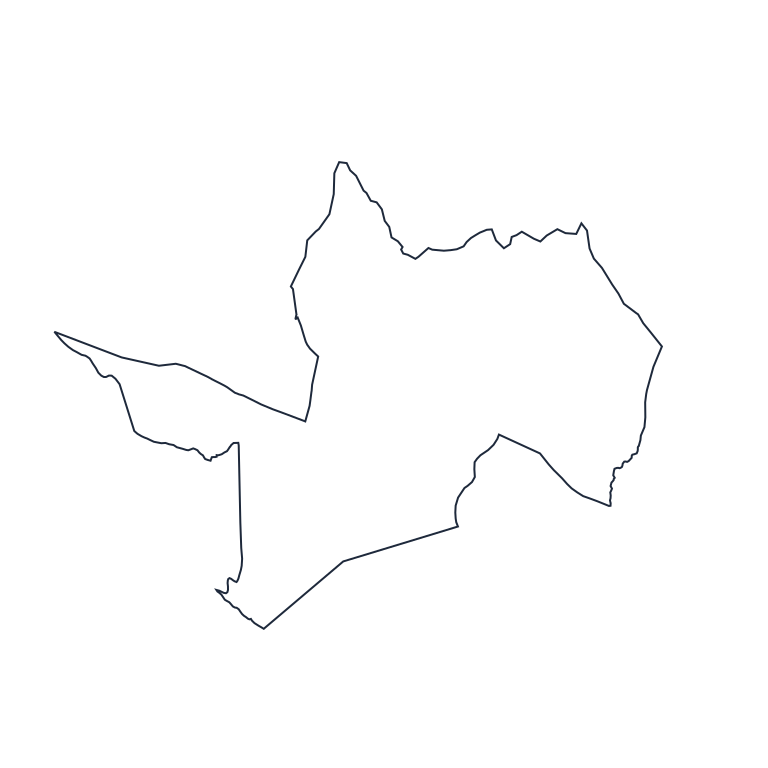 outline of San José Ayuquila, Oaxaca, Mexico, rotated 146°
{"feature_id": "50627088B32404165337072", "entity_name": "San José Ayuquila", "entity_type": "district", "adm_level": 2, "iso_a3": "MEX", "parent_name": "Mexico", "parent_adm1": "Oaxaca", "projection": "natural_earth1", "projection_center": [-97.964, 17.952], "detail": "fine", "context": "isolated", "style": "outline", "palette": "slate", "viewbox_px": 768, "rotation_deg": 146, "n_neighbors": 0, "source": "geoboundaries", "source_scale": "gbopen_adm2", "svg_char_len": 4186}
<svg xmlns="http://www.w3.org/2000/svg" viewBox="0 0 768 768"><g transform="rotate(146 384 384)"><path d="M628.1,611.6L627.9,610.0L627.5,605.8L627.0,600.9L626.2,596.5L624.9,591.4L622.9,586.0L621.0,582.5L618.4,577.3L615.7,574.4L614.9,572.7L613.8,569.8L613.8,567.1L614.0,564.0L614.0,558.3L614.5,553.1L613.7,549.0L612.3,546.4L610.4,545.2L607.3,544.8L605.1,543.2L603.7,538.5L603.3,531.7L617.3,484.7L616.7,482.3L616.2,480.5L614.2,476.3L612.5,473.5L610.9,471.3L609.3,468.5L607.1,464.8L604.8,462.5L601.7,459.4L598.1,457.3L595.8,454.2L592.6,451.1L591.6,448.7L591.1,447.4L589.7,445.8L587.2,442.9L584.9,440.0L583.3,438.5L580.9,437.9L578.2,437.3L578.0,437.0L577.1,435.8L575.7,433.4L575.5,430.5L575.2,429.3L575.0,428.4L574.0,426.1L574.2,423.9L574.2,421.8L572.6,419.6L570.7,417.4L567.7,419.6L566.2,418.8L564.8,417.8L563.4,417.3L562.5,418.6L562.2,418.3L561.3,417.6L559.2,416.9L557.7,416.5L554.5,416.5L551.8,416.1L550.1,416.7L546.9,418.1L546.6,418.0L544.9,418.8L541.7,419.2L537.7,416.7L538.8,414.3L580.5,349.6L594.1,327.8L599.3,318.5L603.7,312.8L606.6,309.9L611.0,306.3L613.5,304.1L615.6,302.8L617.0,302.3L618.2,304.0L619.0,305.9L619.6,307.8L620.7,309.5L622.2,309.4L623.3,308.5L625.0,306.4L626.5,303.5L628.5,300.5L630.3,299.0L632.0,298.9L633.6,300.4L634.9,302.6L636.1,304.7L638.1,307.0L638.1,305.1L637.5,303.6L636.6,300.4L636.6,294.2L635.7,292.2L634.9,290.7L634.3,289.5L634.0,287.3L633.8,285.2L633.6,283.9L632.5,281.9L631.3,280.9L630.4,278.5L630.4,275.5L630.3,272.7L629.7,270.1L628.8,268.0L628.0,265.4L627.1,264.1L625.7,263.7L625.8,261.7L625.1,258.2L623.1,253.6L621.7,250.8L620.6,248.3L517.0,259.7L402.4,224.5L401.9,226.7L401.4,229.0L399.8,232.4L396.8,237.5L392.6,243.1L386.1,248.4L375.4,252.8L373.7,252.8L371.7,252.8L365.9,253.5L360.7,256.1L356.7,262.9L352.6,268.5L348.6,270.0L343.9,271.0L334.7,271.0L327.2,272.3L320.7,275.1L317.0,277.8L293.5,239.2L292.4,225.2L291.4,217.7L289.1,206.3L288.1,198.7L286.8,192.5L284.4,186.1L281.6,179.7L277.5,174.2L272.7,167.5L267.5,159.8L265.7,157.1L264.3,156.4L262.7,158.5L262.4,159.5L261.7,161.2L260.1,162.6L258.4,164.8L257.0,167.6L255.4,168.5L253.5,169.8L253.2,172.7L250.5,175.1L249.0,175.4L247.4,175.9L246.6,176.8L245.2,177.2L245.0,180.1L242.1,183.2L240.3,184.8L238.1,184.3L236.8,183.6L235.8,182.5L234.8,182.2L233.1,182.2L231.9,183.1L230.6,184.5L228.2,185.3L227.0,184.6L226.0,183.5L224.3,183.3L221.7,183.9L220.0,184.3L218.6,186.1L217.6,186.5L215.7,185.8L213.3,185.2L211.2,186.6L210.0,188.0L209.2,189.3L208.3,190.0L207.5,190.1L202.8,194.1L199.9,197.6L192.2,202.6L186.0,210.2L177.7,222.8L172.2,229.1L169.4,231.9L151.0,247.6L132.6,259.7L134.0,277.3L135.1,289.4L134.4,299.7L135.2,301.6L140.3,316.4L139.1,327.8L139.2,338.9L138.4,358.3L139.9,370.6L137.8,381.4L129.9,397.7L130.5,406.8L140.7,400.9L149.2,407.6L153.7,415.4L166.1,416.1L167.9,415.8L174.7,414.7L178.5,420.6L184.6,433.2L190.9,433.3L195.9,434.5L201.2,429.4L208.7,429.5L210.9,440.4L208.2,451.9L212.6,454.4L216.1,455.1L219.8,455.9L225.0,456.2L230.3,456.4L236.1,455.5L241.0,453.6L248.3,455.0L253.9,457.7L259.8,461.0L268.9,468.4L271.1,471.9L284.3,470.2L288.0,470.2L292.0,477.8L295.1,481.4L294.6,485.9L292.0,487.2L292.7,494.6L295.8,501.3L291.8,511.3L292.2,518.8L288.1,530.0L288.5,538.7L292.5,543.3L291.7,552.2L292.8,555.7L290.7,572.2L292.6,580.0L291.4,588.0L297.1,593.0L307.3,586.5L319.5,569.5L334.3,555.3L351.2,548.9L355.3,548.6L367.3,546.0L378.1,533.4L390.8,526.2L405.7,517.5L406.7,516.9L406.4,513.6L417.6,490.8L417.9,489.9L417.8,490.5L420.7,487.8L420.8,487.4L420.6,487.2L418.4,487.4L420.2,479.0L423.2,469.5L425.2,462.9L425.7,459.5L425.6,456.6L425.6,454.8L424.2,447.9L423.2,443.6L444.0,423.6L447.8,418.8L448.6,418.0L454.4,411.4L457.9,407.5L470.2,397.0L471.5,398.9L485.2,418.2L490.3,425.2L497.3,435.8L502.4,444.9L504.8,449.1L505.8,450.9L506.8,452.6L507.0,453.0L508.7,455.0L510.1,456.6L510.4,457.1L511.1,458.2L512.0,459.4L512.2,459.7L512.5,460.1L515.5,468.2L515.8,468.9L515.8,469.0L517.2,471.9L517.8,473.0L519.7,476.5L522.3,481.1L523.5,483.3L524.1,484.3L524.1,484.5L525.5,487.2L525.8,487.9L526.1,488.3L527.0,490.0L527.3,490.4L530.7,496.1L537.9,508.3L538.8,509.9L539.2,510.4L540.6,511.9L541.9,513.4L543.4,515.1L545.3,517.2L560.4,525.0L586.6,552.7L628.1,611.6Z" fill="none" stroke="#1e293b" stroke-width="2"/></g></svg>